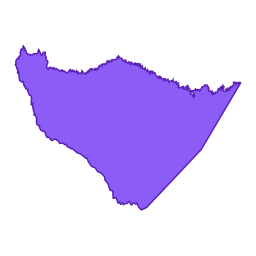 outline of Pastaza, Pastaza, Ecuador
{"feature_id": "8360857B89599541187452", "entity_name": "Pastaza", "entity_type": "district", "adm_level": 2, "iso_a3": "ECU", "parent_name": "Ecuador", "parent_adm1": "Pastaza", "projection": "equal_earth", "projection_center": [-77.325, -1.952], "detail": "fine", "context": "isolated", "style": "filled", "palette": "violet", "viewbox_px": 256, "rotation_deg": 0, "n_neighbors": 0, "source": "geoboundaries", "source_scale": "gbopen_adm2", "svg_char_len": 5492}
<svg xmlns="http://www.w3.org/2000/svg" viewBox="0 0 256 256"><path d="M38.6,49.7L37.8,52.9L37.1,53.7L33.8,53.7L32.0,55.0L30.4,55.0L30.1,54.3L29.2,54.8L26.4,53.0L26.0,50.7L24.1,50.0L25.0,48.8L23.4,46.1L22.9,46.9L23.4,47.3L23.0,48.2L21.1,49.4L20.7,50.3L20.9,51.4L20.1,52.4L20.4,52.9L20.5,55.0L19.7,56.3L18.9,56.5L18.9,58.4L18.5,58.7L17.8,58.2L16.0,60.3L15.9,63.5L15.4,64.9L16.5,66.6L16.9,68.8L17.8,70.0L17.8,71.4L17.4,72.1L17.8,73.1L18.6,72.4L19.5,80.2L21.6,81.9L22.8,82.1L23.2,81.7L24.0,85.7L24.6,86.0L24.9,86.9L25.5,87.0L25.4,88.1L25.9,88.9L27.8,89.4L28.1,90.3L27.6,90.9L28.3,91.9L28.7,93.7L29.6,95.3L30.8,95.5L31.5,97.9L31.2,104.6L31.6,104.8L32.7,103.7L32.4,105.3L33.1,105.8L32.7,107.5L33.1,108.8L33.8,109.3L33.4,110.9L34.8,113.8L34.1,114.1L33.9,114.9L35.2,115.3L36.6,118.0L36.5,122.6L37.1,124.6L38.4,125.6L39.5,125.7L39.6,128.1L41.3,130.6L45.1,132.0L45.6,134.7L46.8,137.1L48.8,137.3L51.4,140.4L52.9,140.3L53.7,139.3L56.0,139.2L57.2,140.6L58.2,140.7L59.6,143.4L61.2,143.0L63.4,143.5L64.6,144.5L66.2,144.5L66.6,145.8L67.9,147.0L69.3,147.2L70.4,148.5L72.5,148.9L77.3,152.8L80.5,153.9L86.1,158.4L87.3,158.4L88.2,161.5L91.7,166.5L95.1,167.8L97.6,171.5L101.3,173.2L104.7,177.0L105.0,180.1L107.9,183.6L110.1,190.1L112.3,190.9L112.9,191.6L113.1,198.0L113.9,198.2L116.0,197.5L118.0,203.0L119.7,201.8L119.9,203.4L120.6,204.2L121.8,203.9L122.6,202.9L123.7,204.6L124.2,203.9L127.5,203.3L128.1,202.1L129.4,201.5L130.0,202.3L130.3,204.0L131.7,204.9L133.5,202.7L135.9,204.1L137.0,203.1L138.6,207.1L141.3,209.9L146.7,207.4L201.2,149.5L240.6,82.9L239.4,82.5L239.4,84.0L238.9,84.2L238.5,82.7L237.4,83.1L236.4,82.6L236.3,84.0L235.2,82.3L233.5,82.4L234.0,83.7L233.4,84.2L233.6,85.5L231.6,86.3L231.8,87.1L231.3,87.5L230.7,86.8L229.7,87.9L229.7,89.3L228.7,88.3L228.0,88.3L229.1,89.9L227.9,89.6L227.0,91.2L226.5,91.1L226.7,89.6L226.2,89.0L225.6,89.5L226.3,90.4L225.9,91.3L224.4,91.5L222.9,90.3L222.5,88.7L223.5,88.7L222.8,87.7L222.8,86.8L223.8,87.3L224.1,86.9L223.4,86.7L222.9,85.5L222.1,87.7L221.6,87.7L221.9,86.1L221.2,87.1L220.6,87.0L220.3,87.8L220.9,89.2L220.3,90.0L219.7,89.8L220.1,88.3L219.3,89.2L218.5,88.7L218.5,89.8L217.7,90.2L217.0,92.5L215.9,92.7L215.4,93.4L215.1,92.6L214.8,93.3L213.7,93.4L212.6,92.1L213.0,93.9L212.8,94.5L212.3,94.2L212.2,91.6L211.5,92.6L211.3,91.8L209.7,90.5L209.2,91.0L208.6,90.7L208.7,89.8L208.2,88.8L208.9,88.2L208.0,86.5L206.9,86.4L207.1,85.2L204.6,85.0L204.1,86.4L201.9,87.0L200.7,89.8L199.9,89.7L199.7,90.5L199.2,89.6L198.4,89.9L197.3,89.5L197.1,90.4L196.0,90.6L196.0,89.7L195.5,89.0L195.0,90.0L192.1,91.0L191.8,91.5L192.9,92.0L194.8,95.9L194.0,97.2L192.9,96.4L193.3,95.5L193.1,94.9L190.5,94.2L191.3,91.3L191.1,90.5L190.2,90.2L190.1,91.7L187.4,90.1L187.4,89.2L189.2,88.7L188.3,88.1L188.7,87.3L187.9,85.8L187.6,86.8L186.5,86.2L186.0,86.7L185.9,87.3L186.6,88.1L186.7,88.9L185.9,89.4L185.0,89.2L184.6,88.2L183.4,88.6L183.9,87.3L183.6,86.4L183.0,86.7L182.6,87.9L181.9,87.0L179.4,88.0L178.9,87.0L178.0,87.0L179.0,85.4L178.0,84.7L178.4,83.0L177.1,83.0L176.6,83.9L175.9,82.7L176.4,80.7L175.9,81.9L174.7,82.4L173.5,81.9L173.1,79.9L172.6,81.3L171.7,80.6L171.3,81.3L170.2,81.2L169.0,82.2L169.1,81.0L168.2,80.3L167.9,78.7L167.6,79.8L166.5,80.6L165.4,79.0L163.8,80.6L163.7,79.9L164.3,79.3L164.0,78.8L161.9,78.9L161.5,78.0L160.7,78.0L160.8,77.0L160.3,76.6L159.5,78.2L159.2,78.0L159.5,77.0L159.2,76.4L158.3,77.8L158.1,77.1L155.6,75.1L154.9,72.9L154.0,72.6L152.9,73.3L152.9,71.7L152.2,72.2L151.8,71.2L150.3,71.1L150.0,71.8L150.6,73.4L150.2,73.9L149.7,72.2L148.9,72.0L148.5,71.2L147.5,71.8L147.4,69.8L146.6,70.6L144.9,69.6L145.4,68.5L145.2,67.9L144.6,68.7L142.6,68.5L142.4,66.2L141.2,67.3L141.5,66.2L140.5,65.6L140.4,64.1L139.9,64.3L139.8,66.1L139.4,66.4L139.4,64.7L139.1,64.3L138.9,65.2L138.4,65.2L137.9,63.5L137.5,63.7L137.7,64.9L137.3,65.4L136.6,65.0L136.4,63.1L135.9,64.8L135.3,64.5L135.3,63.2L134.8,63.1L134.3,64.7L133.7,63.8L132.7,64.0L131.7,63.4L131.6,61.6L131.2,63.9L130.5,64.4L130.3,63.8L131.0,63.3L130.9,62.6L129.6,62.6L129.0,61.9L128.6,62.7L126.8,62.7L126.0,61.1L125.5,62.0L125.1,62.0L125.0,60.1L122.9,60.7L121.9,58.5L120.0,58.1L118.5,55.9L118.1,56.3L118.5,57.3L117.4,57.3L117.6,57.8L117.0,58.0L117.6,58.6L117.1,58.9L113.9,59.9L113.0,59.6L112.0,60.9L111.7,60.3L111.2,61.4L109.8,61.6L109.3,62.4L109.4,61.2L108.6,62.1L108.0,61.0L107.6,61.9L107.0,61.6L107.1,62.2L105.9,63.5L105.9,64.3L105.1,64.5L104.9,63.9L103.6,63.9L102.9,64.5L102.2,64.3L101.9,65.5L101.6,64.6L100.8,65.4L99.6,65.5L99.7,66.2L98.7,66.6L97.8,69.2L97.3,68.4L96.5,68.6L96.7,69.1L96.1,68.9L95.9,69.7L95.0,68.6L94.6,69.9L93.0,69.7L92.6,68.9L91.4,69.1L91.1,68.6L90.6,68.9L90.9,69.5L90.4,69.6L90.4,68.5L89.7,70.3L89.3,70.2L89.3,70.9L88.9,70.5L88.4,71.5L87.7,71.4L88.1,72.3L87.1,72.2L86.1,73.7L85.6,73.1L85.0,73.9L83.2,72.7L82.9,71.6L82.5,71.6L82.2,71.3L82.4,72.0L81.8,71.9L81.0,73.0L81.3,73.4L80.5,73.4L80.6,74.0L80.2,73.2L79.3,73.5L78.4,72.4L77.7,73.2L77.6,71.9L77.1,72.3L76.7,71.3L76.5,72.1L75.4,72.3L74.9,72.0L75.1,71.4L74.7,71.0L74.1,71.3L73.6,70.7L73.2,71.1L72.6,70.2L71.6,71.4L71.3,70.7L70.8,71.3L70.2,69.6L68.6,71.3L68.1,72.6L66.6,72.4L66.1,72.9L64.1,70.8L63.1,71.3L62.6,70.3L62.0,70.9L61.7,70.2L60.8,71.1L59.9,71.1L59.8,70.4L58.8,70.4L57.4,69.2L56.3,69.5L56.3,68.8L55.4,69.2L55.0,68.7L55.0,69.2L54.0,69.1L53.2,68.0L53.1,68.8L52.6,68.9L51.3,67.8L50.5,68.1L49.9,67.2L48.1,68.5L48.0,69.2L46.6,67.7L46.9,66.3L46.5,65.5L47.6,63.5L47.8,62.3L47.7,61.2L46.1,59.3L46.2,57.3L45.2,55.6L45.3,52.3L43.2,52.4L42.2,54.8L41.3,54.9L40.2,52.5L39.4,52.0L39.4,50.5L38.6,49.7Z" fill="#8b5cf6" stroke="#5b21b6" stroke-width="1.5"/></svg>